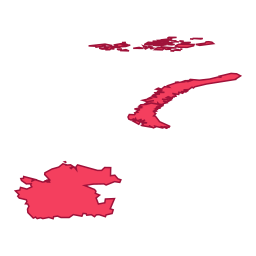 map outline of Arkhangel'sk (Natural Earth projection)
{"feature_id": "RUS-2354", "entity_name": "Arkhangel'sk", "entity_type": "Region", "adm_level": 1, "iso_a3": "RUS", "parent_name": "Russia", "parent_adm1": "", "projection": "natural_earth1", "projection_center": [52.194, 71.252], "detail": "fine", "context": "isolated", "style": "filled", "palette": "rose", "viewbox_px": 256, "rotation_deg": 0, "n_neighbors": 0, "source": "natural_earth", "source_scale": "10m", "svg_char_len": 5785}
<svg xmlns="http://www.w3.org/2000/svg" viewBox="0 0 256 256"><path d="M20.5,187.4L26.9,189.1L31.8,186.8L30.7,184.9L31.2,183.8L26.3,183.9L21.5,180.5L20.8,178.6L23.5,178.3L23.7,176.5L34.6,179.3L32.3,179.9L32.0,181.1L35.0,179.6L42.8,182.1L45.4,181.5L44.4,181.6L45.0,180.9L47.2,182.0L49.6,182.1L49.0,180.3L49.8,180.0L44.7,174.6L44.9,172.8L52.0,169.0L58.7,167.1L62.9,163.8L66.1,164.7L65.3,165.2L70.6,164.8L73.2,166.5L70.3,167.9L70.7,168.3L71.8,168.9L71.0,168.0L74.2,167.0L76.5,169.9L76.0,166.8L77.6,164.9L97.5,170.4L101.6,170.4L104.7,167.5L110.7,167.6L110.5,175.7L114.8,175.2L118.0,178.9L120.9,179.8L119.8,182.4L114.6,181.6L106.1,185.0L104.0,183.9L93.2,184.1L84.6,185.5L94.5,189.5L95.9,191.2L95.3,193.3L99.6,195.1L96.1,198.0L98.4,204.0L104.8,202.8L105.4,199.0L114.5,198.6L110.2,208.8L113.2,209.8L112.1,213.5L106.1,214.9L105.4,216.7L99.2,214.7L96.4,214.8L94.5,216.7L91.4,214.7L86.7,215.2L86.1,213.7L83.1,213.4L81.9,216.2L73.3,214.6L69.2,217.5L60.9,217.5L57.5,216.1L53.6,216.7L53.1,218.7L48.8,217.4L42.8,218.6L40.6,217.7L37.2,218.6L35.6,217.1L33.3,218.1L27.9,212.6L27.5,209.2L28.9,206.2L27.7,204.0L25.5,203.8L26.9,201.6L26.4,199.8L19.3,198.1L17.7,196.2L19.0,194.5L15.4,190.9L19.8,190.1L20.5,187.4ZM164.5,92.4L156.9,91.5L162.4,90.3L156.2,89.2L158.4,88.1L161.4,89.2L164.6,86.6L169.2,87.2L167.5,85.7L176.6,82.7L185.6,81.6L183.7,81.2L185.1,80.7L188.7,80.6L186.4,81.5L188.1,81.6L190.7,80.7L189.1,80.4L190.2,79.4L199.4,80.2L209.5,79.1L218.1,77.0L221.5,77.3L219.7,76.1L231.1,73.4L236.7,73.8L240.6,75.9L235.6,79.1L236.4,79.3L206.5,84.0L194.7,86.8L193.4,88.0L192.0,87.2L188.6,89.6L183.5,89.8L188.5,90.5L185.3,91.1L186.5,91.6L185.9,92.0L180.9,91.5L183.3,92.6L182.6,93.3L178.2,92.0L179.5,92.8L178.2,92.8L179.1,93.1L178.7,94.5L172.3,93.4L175.4,94.7L176.0,96.2L173.2,96.4L174.7,97.0L172.4,97.0L172.2,98.3L168.2,96.6L166.5,97.6L170.8,98.9L170.1,99.1L171.1,99.9L169.8,100.5L167.4,99.5L161.9,99.2L167.1,99.7L169.0,101.0L167.2,102.0L163.1,100.9L166.6,102.8L163.3,103.6L163.2,104.6L159.2,104.2L157.8,102.9L157.9,104.1L151.1,102.9L146.8,103.9L145.4,103.5L148.7,101.5L154.0,100.6L147.0,101.6L142.7,100.3L150.4,98.5L149.0,98.1L151.8,96.8L157.3,97.3L152.1,96.0L156.5,95.7L153.1,95.1L154.1,94.5L160.0,94.1L155.9,93.9L155.0,92.7L164.5,92.4ZM128.0,117.0L129.3,114.5L134.4,114.7L135.2,113.9L134.7,112.8L137.7,112.3L136.5,111.2L139.3,110.1L137.0,109.8L140.1,109.7L134.4,109.0L141.1,107.7L139.5,107.0L141.1,106.6L139.4,105.9L140.7,104.8L146.4,104.4L151.3,103.1L161.3,104.8L162.3,105.6L157.2,106.2L161.6,106.3L161.0,106.7L155.9,107.0L160.2,107.0L160.0,108.2L155.1,108.4L158.2,109.5L156.0,109.3L156.7,109.8L156.0,110.6L153.7,110.3L155.5,111.2L152.7,111.4L155.1,111.5L154.5,112.7L155.8,113.6L153.6,115.9L155.4,116.2L159.6,121.7L170.1,126.4L168.7,126.2L169.5,126.6L168.9,127.4L164.1,126.6L167.9,127.8L160.4,126.5L163.5,127.6L162.6,128.0L155.0,126.2L155.5,127.0L153.4,127.9L148.9,125.5L150.7,127.1L142.4,125.7L140.7,125.2L143.5,125.3L142.1,123.2L147.1,122.9L141.7,121.7L145.1,120.0L141.5,121.3L140.4,120.0L141.6,119.2L137.9,120.6L136.0,119.9L135.6,118.5L134.7,119.8L133.7,118.9L132.9,119.2L133.8,119.8L130.9,120.0L128.8,119.1L128.0,117.0ZM130.2,45.1L125.7,46.5L117.9,46.9L118.7,47.4L112.8,47.5L111.5,48.2L114.4,49.0L110.8,48.8L109.8,49.7L105.3,49.8L108.1,48.9L102.1,49.1L99.2,48.2L108.5,48.0L105.3,47.4L109.1,47.2L103.9,47.1L114.9,46.6L118.0,45.1L113.6,45.0L121.4,43.6L122.6,43.8L119.9,44.1L125.1,43.7L126.3,44.2L121.4,45.0L130.2,45.1ZM194.1,44.5L193.6,45.8L187.2,47.4L178.6,47.2L176.2,46.5L176.9,46.2L176.0,45.6L178.7,44.3L194.1,44.5ZM195.8,44.4L204.9,43.2L206.1,41.9L208.7,41.7L211.9,42.2L213.6,43.6L199.7,45.4L195.8,44.4ZM104.3,46.0L96.0,47.2L95.8,46.2L88.6,45.9L105.0,44.1L112.4,45.6L106.3,44.8L103.5,45.6L104.3,46.0ZM165.9,49.4L162.2,46.9L176.5,48.0L171.1,48.0L169.2,48.5L171.2,49.2L165.9,49.4ZM152.5,43.3L146.7,43.1L148.2,42.2L156.4,42.8L166.7,44.6L162.8,45.3L160.4,44.5L152.5,43.3ZM154.8,49.6L157.3,47.8L162.7,47.7L163.6,48.9L162.4,49.9L154.8,49.6ZM154.1,41.7L152.7,41.1L159.5,41.3L158.2,40.4L160.5,40.3L167.6,41.0L154.1,41.7ZM143.5,48.4L133.2,48.3L139.1,47.4L143.5,48.4ZM180.6,43.2L184.1,42.5L190.7,42.4L186.5,43.7L180.6,43.2ZM164.4,43.9L161.7,43.0L156.8,42.5L170.1,43.6L164.4,43.9ZM171.6,40.2L160.6,39.9L166.8,39.2L171.6,40.2ZM156.2,44.5L149.5,45.1L144.1,44.4L156.2,44.5ZM140.2,122.1L138.8,124.3L133.4,121.3L136.9,120.5L140.2,122.1ZM176.6,37.4L167.4,38.2L168.9,37.3L176.6,37.4ZM158.4,45.8L152.9,45.2L162.1,45.3L158.4,45.8ZM180.7,50.4L173.5,50.2L178.1,49.5L180.7,50.4ZM200.9,39.0L192.6,38.4L202.8,38.5L200.9,39.0ZM171.8,44.9L167.3,44.5L174.7,44.4L171.8,44.9ZM125.9,49.6L129.0,50.9L120.1,50.6L125.9,49.6ZM172.3,42.8L170.6,43.5L167.4,42.8L168.7,42.3L172.3,42.8ZM121.9,49.0L119.1,49.9L117.0,49.2L121.9,49.0ZM143.0,46.9L144.1,46.5L143.5,45.9L147.1,46.9L143.0,46.9ZM174.6,41.1L171.0,40.8L176.5,40.8L174.6,41.1ZM162.2,41.9L167.6,41.4L168.8,41.6L162.2,41.9ZM122.9,42.6L122.1,42.5L125.9,42.4L122.2,43.0L122.9,42.6ZM49.1,181.5L47.4,181.8L46.4,181.1L44.8,180.8L47.4,180.6L48.2,181.2L49.1,181.5ZM153.4,48.1L151.8,48.7L150.0,48.5L152.2,47.9L153.4,48.1ZM148.1,46.9L149.0,47.5L146.6,47.5L148.1,46.9ZM146.8,48.3L145.4,49.0L144.9,48.4L145.5,48.1L146.8,48.3ZM48.9,181.2L46.3,180.1L48.5,180.0L48.9,181.2ZM183.7,41.2L182.9,41.4L179.3,41.1L180.4,40.9L183.7,41.2ZM150.2,47.1L148.0,46.6L150.8,46.8L150.2,47.1ZM172.6,50.5L174.2,51.1L170.4,50.9L172.6,50.5ZM190.0,38.9L192.9,39.0L193.3,39.2L190.0,38.9ZM65.2,161.6L66.3,162.6L64.6,161.8L65.2,161.6ZM174.9,41.6L178.9,41.9L174.3,41.7L174.9,41.6ZM171.0,39.1L169.7,39.0L172.3,38.8L171.0,39.1ZM175.3,82.3L178.7,81.9L175.1,82.4L175.3,82.3ZM164.8,127.4L167.4,128.1L166.3,128.3L164.8,127.4ZM150.3,47.3L151.8,47.2L152.0,47.4L151.2,47.6L150.3,47.3ZM181.3,49.0L182.3,49.3L180.3,49.1L181.3,49.0ZM140.3,120.9L141.3,121.5L139.8,120.9L140.3,120.9Z" fill="#f43f5e" stroke="#9f1239" stroke-width="1.5"/></svg>